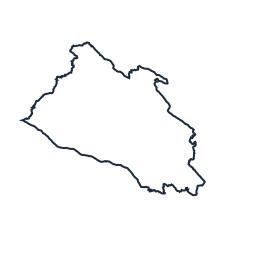 outline of Yinmarbin, Sagaing, Myanmar, rotated 130°
{"feature_id": "60261553B62517193175445", "entity_name": "Yinmarbin", "entity_type": "district", "adm_level": 2, "iso_a3": "MMR", "parent_name": "Myanmar", "parent_adm1": "Sagaing", "projection": "equal_earth", "projection_center": [94.702, 22.309], "detail": "fine", "context": "isolated", "style": "outline", "palette": "slate", "viewbox_px": 256, "rotation_deg": 130, "n_neighbors": 0, "source": "geoboundaries", "source_scale": "gbopen_adm2", "svg_char_len": 5730}
<svg xmlns="http://www.w3.org/2000/svg" viewBox="0 0 256 256"><g transform="rotate(130 128 128)"><path d="M88.0,213.1L88.6,213.8L88.8,214.4L89.9,214.5L90.0,214.8L90.6,214.8L91.3,215.8L91.6,216.0L92.1,215.8L93.2,216.2L93.9,215.9L94.9,216.7L95.6,218.4L97.4,219.5L98.4,220.6L99.3,221.1L99.6,221.7L99.8,222.6L100.7,222.5L101.1,223.0L102.1,222.9L102.5,222.3L104.4,222.1L105.4,222.3L106.3,221.6L105.9,217.4L106.4,216.1L106.3,215.1L105.8,213.3L107.0,211.9L107.9,212.5L109.0,213.9L111.1,213.7L111.5,213.3L112.3,213.3L113.0,214.2L113.3,214.1L113.9,212.1L114.9,212.2L115.4,211.5L115.3,210.8L115.5,210.8L115.0,209.9L115.4,209.4L116.3,208.8L116.6,208.9L116.9,209.2L118.5,209.2L118.6,208.9L119.1,208.8L119.5,208.5L119.7,208.1L120.3,208.0L120.7,207.7L121.4,207.6L122.1,207.0L123.4,208.5L124.5,208.5L125.6,208.8L127.0,209.6L127.3,210.0L127.8,210.2L127.9,210.4L128.6,210.1L128.6,209.7L129.0,209.9L129.0,210.2L129.4,210.5L129.8,210.8L130.5,211.4L130.3,211.6L130.6,212.0L131.3,212.1L131.5,211.9L131.6,212.2L132.1,212.1L132.2,212.3L132.4,212.1L132.5,212.8L133.0,212.8L133.3,213.6L134.1,215.0L134.7,215.1L135.8,214.4L136.4,214.2L136.9,214.4L136.7,213.0L136.9,212.6L137.9,213.0L138.4,212.7L139.3,211.5L142.0,210.5L144.0,210.6L144.5,210.3L145.8,210.2L146.2,210.1L146.2,209.9L146.5,209.8L147.3,209.1L148.7,208.5L150.1,208.5L150.4,208.8L151.2,210.2L153.3,211.5L155.1,213.1L157.9,214.1L158.6,213.6L159.5,214.0L164.7,214.2L165.5,214.7L166.0,215.4L166.6,215.6L170.0,214.3L170.7,214.2L171.3,214.7L171.7,214.8L172.0,214.6L172.1,213.0L172.4,212.7L172.8,212.8L173.5,214.4L174.1,214.7L174.1,214.0L174.4,213.5L175.1,213.3L176.4,213.6L177.8,211.5L178.3,211.0L178.9,210.6L179.6,210.9L181.0,210.3L182.8,210.7L184.2,210.0L185.9,211.1L186.0,212.1L186.8,212.5L188.5,213.0L190.0,213.9L189.6,213.1L189.5,211.8L189.2,210.4L188.9,209.7L188.6,207.0L188.2,204.9L187.8,203.4L186.8,200.9L186.9,196.7L187.1,195.6L186.0,193.6L185.9,193.0L186.0,191.4L186.5,190.0L186.5,189.4L186.1,187.7L186.2,185.8L186.0,183.8L186.6,182.3L186.8,178.8L187.3,176.4L187.3,173.5L187.6,170.6L186.9,168.1L184.6,164.2L182.8,162.4L181.5,159.6L180.2,157.6L179.1,156.4L178.8,154.5L178.6,150.4L178.6,149.2L178.8,148.5L178.6,147.7L178.1,145.7L176.3,143.4L175.9,142.2L175.4,141.7L174.5,139.7L173.2,137.8L172.7,135.5L171.9,129.0L171.4,127.3L170.5,126.0L167.8,124.0L167.7,123.1L167.4,122.9L167.0,122.9L165.8,120.8L165.5,118.8L165.3,117.2L165.1,116.1L163.5,112.7L162.7,112.1L162.3,111.3L161.0,109.6L161.0,108.1L160.3,105.5L159.3,103.1L159.1,102.2L159.1,101.6L159.4,101.0L159.8,97.4L160.2,95.3L160.9,93.4L161.2,91.6L161.4,87.3L162.7,85.9L163.0,84.6L164.7,80.1L163.2,77.8L162.5,77.0L161.4,76.3L161.0,75.1L160.3,74.0L161.2,72.8L162.1,72.6L161.3,71.6L161.4,71.2L162.4,71.2L162.7,70.7L162.2,70.1L161.7,69.8L160.4,70.6L160.2,70.3L160.4,69.5L160.3,68.7L158.8,68.2L158.5,67.5L158.9,66.2L158.6,65.7L158.0,65.4L157.0,64.2L156.9,63.5L157.1,62.9L156.5,62.2L156.4,60.0L155.8,59.5L155.4,58.7L154.8,58.0L154.1,57.9L154.0,59.3L153.6,60.0L152.9,60.2L151.0,63.1L149.8,62.8L148.4,64.6L147.9,64.6L147.5,64.2L147.4,63.6L147.0,62.8L147.0,60.9L146.9,60.2L146.6,59.8L145.5,59.9L144.7,59.0L144.7,58.6L144.2,58.2L143.2,58.2L143.0,56.1L143.5,55.4L143.6,52.8L144.0,52.4L144.4,51.3L144.5,49.9L144.3,49.8L143.9,48.8L143.6,48.3L143.8,47.6L143.2,47.4L142.4,46.6L141.8,46.9L141.4,46.6L140.9,46.9L140.7,46.1L139.9,44.9L139.0,44.2L138.3,44.0L136.8,44.9L136.2,44.6L135.8,44.2L136.7,43.0L136.8,42.6L136.6,42.4L137.9,42.1L138.3,40.2L137.7,35.7L137.4,34.6L135.6,33.0L134.2,33.0L133.8,33.5L133.7,33.9L132.4,35.0L131.6,35.4L130.4,35.7L128.6,36.9L127.4,37.4L125.6,35.6L124.8,35.2L124.5,34.4L124.1,34.1L120.3,34.4L119.7,34.9L119.4,37.1L119.1,40.4L118.8,40.7L118.7,43.4L118.1,46.3L118.1,47.1L117.3,50.1L117.7,50.7L117.5,51.8L117.2,51.8L117.1,52.0L116.9,53.3L117.0,53.8L116.9,54.4L117.2,55.4L117.0,57.1L116.8,57.5L117.0,58.1L116.8,58.4L114.8,59.5L114.6,59.2L114.4,59.2L114.1,59.8L113.6,60.1L113.3,59.8L112.4,59.7L112.0,60.0L111.6,60.0L111.2,59.5L111.0,58.8L110.5,58.1L109.8,57.8L109.2,57.9L108.6,58.6L106.8,59.6L105.8,60.6L104.6,60.9L104.5,61.5L102.8,62.7L102.8,63.2L101.0,65.7L100.5,65.9L99.7,65.7L98.6,65.0L97.5,65.2L96.6,66.0L96.1,66.8L95.8,66.8L95.4,67.6L96.0,67.9L96.7,67.5L97.0,67.7L98.2,67.5L98.9,68.5L98.9,69.4L98.4,70.1L98.5,71.1L98.8,71.6L98.5,72.3L96.8,73.1L95.5,73.3L94.9,73.7L94.6,72.8L94.3,72.2L93.2,72.5L92.7,73.6L92.1,73.7L91.1,72.1L90.6,72.1L89.6,72.5L89.5,75.3L89.1,75.8L88.3,76.3L87.1,76.5L87.0,78.5L87.6,80.0L87.6,82.2L87.0,84.3L87.5,85.2L88.0,86.7L87.9,91.1L88.9,97.7L88.9,99.0L89.5,101.1L89.3,104.0L89.7,105.7L89.6,107.1L89.3,108.4L88.7,108.9L86.1,109.2L84.8,109.7L84.2,110.2L83.5,111.8L83.1,113.0L83.0,116.3L82.5,117.0L82.2,118.4L81.2,123.0L81.0,125.2L80.6,127.0L80.7,130.0L80.1,131.1L78.7,132.0L77.7,135.3L77.0,136.2L75.1,136.4L74.9,136.6L74.5,136.5L74.1,136.0L74.0,138.1L71.8,137.6L71.4,137.0L72.1,134.9L70.6,131.8L70.6,130.3L70.3,129.7L70.0,128.4L69.1,126.9L68.4,126.4L67.8,126.9L66.0,129.5L66.0,130.3L67.0,132.1L67.0,134.2L67.5,138.1L67.9,138.8L68.9,140.0L68.8,141.4L68.3,143.7L69.1,146.6L69.5,149.4L70.5,151.7L71.8,153.4L72.4,155.0L72.9,156.4L73.1,159.1L74.9,159.6L75.5,159.1L76.1,158.0L76.8,157.8L77.5,158.6L79.0,159.4L79.1,160.4L80.2,160.8L80.9,161.5L81.2,162.4L81.5,162.7L82.3,162.2L82.9,161.4L83.3,161.9L83.4,161.7L83.7,162.5L84.4,162.7L84.8,162.2L85.5,162.2L86.5,161.5L87.2,160.4L88.2,160.1L88.6,159.3L89.1,159.1L90.3,164.3L90.2,165.1L89.6,167.0L89.8,169.8L91.2,171.8L91.6,173.1L91.5,174.1L91.7,175.0L91.7,177.6L91.3,178.1L90.0,178.5L89.4,179.1L88.0,183.7L88.0,185.0L88.2,186.1L88.8,187.2L89.5,189.0L90.2,190.1L90.3,190.6L89.6,194.2L89.7,195.4L90.1,196.2L89.4,197.6L89.4,199.7L88.9,204.5L88.2,207.1L88.3,208.7L88.9,208.7L88.6,209.9L88.5,211.8L87.9,212.5L88.0,213.1Z" fill="none" stroke="#1e293b" stroke-width="2"/></g></svg>